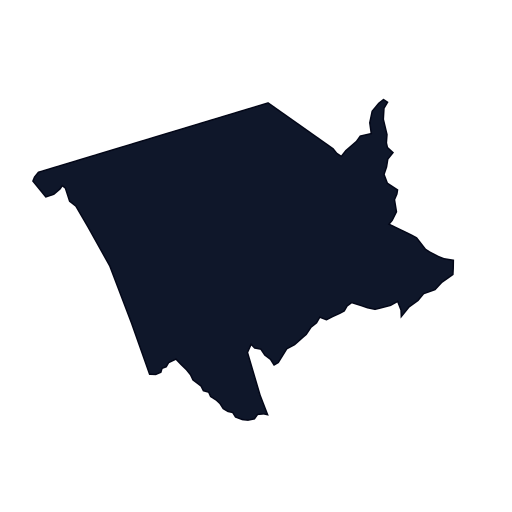 the district of Capivari do Sul, Rio Grande do Sul, Brazil, rotated 340°
{"feature_id": "56859067B15190363364633", "entity_name": "Capivari do Sul", "entity_type": "district", "adm_level": 2, "iso_a3": "BRA", "parent_name": "Brazil", "parent_adm1": "Rio Grande do Sul", "projection": "robinson", "projection_center": [-50.485, -30.147], "detail": "fine", "context": "isolated", "style": "filled", "palette": "ink", "viewbox_px": 512, "rotation_deg": 340, "n_neighbors": 0, "source": "geoboundaries", "source_scale": "gbopen_adm2", "svg_char_len": 1567}
<svg xmlns="http://www.w3.org/2000/svg" viewBox="0 0 512 512"><g transform="rotate(340 256 256)"><path d="M396.2,269.0L403.1,262.5L405.4,250.4L409.6,245.9L411.6,242.3L404.3,232.5L404.2,223.1L409.1,217.0L413.0,210.0L420.1,205.7L416.6,199.0L417.2,194.3L420.6,186.7L422.4,171.1L426.8,160.9L432.2,156.5L429.3,152.6L423.6,154.5L414.7,159.7L408.5,169.7L406.2,180.4L395.0,179.0L389.6,182.7L376.5,187.7L370.2,191.6L366.9,187.0L365.1,181.6L319.7,116.3L80.2,102.9L74.9,106.1L72.0,109.3L78.7,128.6L87.2,128.8L94.9,125.9L98.0,123.6L100.1,127.0L99.6,140.8L103.8,147.5L108.1,171.3L115.2,215.4L116.1,276.6L115.6,330.7L121.2,333.0L126.8,332.7L129.3,329.4L133.7,329.4L137.4,326.3L145.5,325.5L148.5,332.3L151.8,339.1L153.9,345.3L154.4,350.9L159.9,359.4L160.5,364.6L165.0,367.8L165.3,372.5L169.4,377.8L171.7,382.3L173.0,388.2L176.5,392.5L180.6,395.1L181.7,400.3L187.3,405.1L192.3,407.5L198.8,408.5L203.3,405.4L209.3,407.0L212.6,409.1L212.2,388.2L215.0,343.7L221.2,337.3L223.3,342.0L228.7,345.2L230.4,352.1L234.3,358.1L235.7,364.6L240.5,363.7L253.2,353.7L261.9,352.5L269.5,349.5L272.8,348.2L276.3,346.9L283.4,341.7L290.0,339.5L295.0,335.3L300.4,340.0L307.4,339.1L315.2,338.5L320.1,337.8L324.5,334.1L330.0,332.5L333.5,335.2L338.1,338.7L343.0,342.7L349.6,346.8L353.9,347.3L365.5,348.4L373.6,347.1L373.8,356.4L371.8,362.6L382.4,356.2L393.0,353.2L400.6,348.7L412.7,348.8L421.5,344.3L434.7,340.7L437.2,334.8L440.0,327.5L431.6,322.8L427.2,318.9L420.4,311.5L417.5,307.6L413.1,293.9L409.5,289.8L399.6,279.6L391.8,271.6L396.2,269.0Z" fill="#0f172a" stroke="#020617" stroke-width="1.5"/></g></svg>